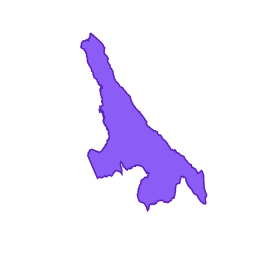 Leoncio Prado, Huánuco, Peru, rotated 335°
{"feature_id": "86281439B17589046188801", "entity_name": "Leoncio Prado", "entity_type": "district", "adm_level": 2, "iso_a3": "PER", "parent_name": "Peru", "parent_adm1": "Huánuco", "projection": "equal_earth", "projection_center": [-76.069, -8.961], "detail": "fine", "context": "isolated", "style": "filled", "palette": "violet", "viewbox_px": 256, "rotation_deg": 335, "n_neighbors": 0, "source": "geoboundaries", "source_scale": "gbopen_adm2", "svg_char_len": 5982}
<svg xmlns="http://www.w3.org/2000/svg" viewBox="0 0 256 256"><g transform="rotate(335 128 128)"><path d="M119.4,35.2L120.5,37.0L121.2,37.3L121.7,38.1L121.2,39.0L121.8,41.1L121.5,42.0L121.7,43.7L120.6,46.0L120.8,47.8L119.5,49.8L119.5,51.3L119.2,51.8L119.4,55.5L119.7,56.7L119.7,59.3L119.5,60.5L119.1,61.1L119.5,61.9L119.7,63.8L119.3,64.9L119.0,64.9L119.2,65.4L118.7,67.0L118.7,68.0L120.0,70.5L120.4,70.6L119.9,72.8L120.0,73.5L120.3,73.7L120.0,74.5L120.4,75.2L120.2,75.9L119.9,76.0L120.4,76.7L120.3,77.4L120.7,78.0L121.1,77.6L121.4,78.3L121.5,78.1L121.9,78.5L121.9,79.8L121.7,80.6L121.2,80.4L121.2,81.0L120.9,81.1L120.5,80.3L120.4,80.6L120.0,80.4L119.7,80.9L119.3,80.8L119.1,81.2L119.3,82.0L119.0,82.2L119.0,81.8L118.2,82.5L118.2,83.0L118.5,83.7L117.5,85.6L117.6,86.3L117.3,87.3L117.4,88.6L116.9,89.0L117.5,89.4L116.6,91.3L116.3,92.7L115.5,92.5L115.2,94.1L115.5,94.5L115.1,96.4L114.2,96.9L113.3,96.7L112.6,97.1L111.5,96.5L111.1,98.8L110.6,99.3L109.7,99.0L109.5,101.1L108.5,101.8L109.9,101.6L110.0,100.7L110.4,100.9L110.5,101.5L110.7,101.1L111.6,100.5L111.5,101.5L111.8,102.2L112.4,102.6L111.6,103.1L112.2,103.5L111.7,104.4L110.9,104.5L111.0,105.2L111.5,105.4L111.1,105.7L111.3,107.0L110.6,106.8L110.9,107.4L110.7,108.2L111.1,108.2L111.2,108.5L110.4,108.4L110.7,109.2L109.7,109.6L109.1,110.2L109.4,110.5L109.0,110.8L108.7,110.7L108.5,112.4L108.8,112.7L108.5,113.2L108.2,113.0L108.2,114.6L108.6,115.0L108.4,115.5L109.0,115.7L108.5,116.7L109.1,117.6L108.9,118.6L108.5,119.5L109.0,120.3L108.4,120.6L109.4,121.5L109.1,122.9L108.9,122.5L107.6,125.7L107.9,126.6L107.8,127.4L106.7,128.7L106.5,129.7L105.3,129.7L105.2,130.5L103.7,130.4L102.8,133.0L102.4,133.4L101.6,133.4L100.8,133.9L100.6,133.6L99.9,134.3L99.9,134.8L99.2,135.0L98.8,135.5L98.3,135.4L97.6,136.0L96.8,136.0L96.6,136.6L93.4,137.9L91.7,138.0L91.3,137.2L90.5,136.9L90.4,136.1L89.5,136.0L88.7,134.6L86.1,132.0L83.9,131.9L82.6,133.4L82.0,133.2L81.6,133.6L80.9,135.0L79.9,136.0L79.1,160.7L81.0,160.3L81.7,160.6L82.2,161.5L83.4,162.1L86.1,161.8L86.9,161.5L87.6,163.2L90.3,162.7L91.3,163.1L92.8,164.6L94.2,164.0L95.4,162.7L96.7,162.6L98.1,161.6L99.1,161.5L99.7,161.7L100.0,162.4L100.7,162.6L101.5,163.8L102.3,164.3L102.7,165.2L103.0,167.1L104.7,163.3L105.3,159.1L105.9,157.5L106.3,156.6L107.2,155.7L107.9,157.4L107.7,159.7L107.3,160.8L107.6,160.9L108.3,162.4L108.6,164.4L109.6,165.7L110.0,165.2L110.5,165.3L110.9,164.8L111.6,164.7L112.3,165.1L112.4,165.9L112.7,166.1L113.7,165.7L114.5,165.9L114.8,165.0L117.6,165.3L118.5,165.9L118.8,165.2L119.7,165.0L120.9,166.1L121.6,166.1L122.1,166.9L123.0,166.8L123.2,167.7L124.1,168.1L125.3,171.0L125.2,172.6L125.4,173.9L125.8,174.7L125.6,175.6L125.9,177.2L126.3,177.2L126.5,176.6L126.9,176.5L127.5,176.8L127.6,177.7L126.9,178.4L126.7,179.0L125.4,179.8L125.5,180.4L124.5,181.2L123.2,180.0L122.5,180.2L122.1,179.9L120.4,180.9L119.2,180.7L118.0,180.9L117.4,181.6L115.8,184.2L114.2,185.0L112.8,186.7L112.6,187.3L112.0,187.4L112.0,187.7L111.6,188.0L111.8,188.3L110.2,189.8L110.4,190.7L110.3,191.0L108.9,191.7L108.1,192.8L108.0,193.8L107.6,194.7L107.5,196.7L107.2,198.7L108.2,200.6L110.1,202.0L111.1,203.8L111.1,206.1L111.4,207.4L110.7,211.1L112.2,210.4L112.8,209.7L113.0,208.9L113.5,208.7L114.8,206.9L115.7,206.6L116.8,206.8L117.3,207.3L117.8,206.7L118.2,206.7L119.1,208.2L119.9,208.4L120.7,207.6L122.0,208.2L122.9,207.2L123.7,206.8L124.9,207.1L126.0,206.9L126.9,207.6L127.4,207.5L128.5,208.0L129.8,210.8L131.9,211.5L132.0,212.1L132.9,212.6L134.0,212.1L136.5,211.9L137.6,210.9L139.3,210.1L139.6,210.7L140.3,210.9L140.6,209.7L142.0,208.9L142.1,208.0L144.0,205.9L145.3,203.1L146.1,202.2L146.6,201.0L147.2,200.2L149.1,199.2L151.1,199.9L152.2,199.1L153.0,197.5L154.2,196.4L155.3,194.7L155.7,194.9L156.1,194.5L157.0,195.1L157.4,196.0L157.6,195.6L158.9,197.0L159.0,198.0L158.7,198.9L158.8,199.6L158.2,200.5L158.4,200.7L158.2,202.1L158.4,202.7L158.1,203.4L158.4,204.4L158.1,205.6L158.9,207.4L158.8,208.0L159.2,209.3L159.7,209.9L159.6,210.5L159.9,211.2L159.7,212.5L160.0,212.8L159.8,213.7L160.0,214.9L160.9,216.3L161.0,216.8L161.5,216.9L162.5,218.8L162.1,219.6L162.2,220.5L162.1,221.4L162.5,222.3L162.7,224.4L163.1,225.7L163.7,226.3L164.2,228.0L165.2,229.1L166.2,229.5L167.0,228.7L167.4,226.4L168.7,223.7L170.1,223.3L171.0,221.7L171.1,218.2L171.9,214.0L172.2,212.8L173.1,211.4L173.1,210.3L173.7,209.8L174.2,207.9L176.4,203.2L176.9,199.2L176.8,197.6L172.9,198.7L172.0,198.6L172.2,197.3L171.8,195.4L171.9,193.7L171.1,193.0L170.3,191.2L169.4,190.9L169.2,190.3L169.4,189.1L169.9,188.1L168.9,187.5L168.8,186.8L168.0,186.0L167.4,182.6L166.8,181.7L166.9,180.9L166.6,180.2L166.7,178.0L166.3,176.9L165.2,176.4L165.1,175.5L164.0,174.8L163.7,174.2L163.5,172.6L162.9,171.8L161.3,170.8L161.8,169.9L161.3,167.6L160.4,168.2L160.0,168.0L159.0,166.2L158.4,166.2L157.6,165.4L157.7,162.7L157.1,160.4L157.2,159.1L156.9,157.5L156.1,154.6L154.7,152.4L154.9,150.1L154.3,148.0L153.6,147.9L152.8,147.2L152.5,145.5L152.7,144.9L152.8,143.6L152.1,143.1L151.5,142.0L150.3,141.8L149.5,139.6L148.6,138.9L148.1,136.8L147.5,135.7L147.1,135.6L146.6,134.4L146.3,131.5L147.3,131.1L147.6,129.8L147.0,128.3L146.9,126.3L146.1,122.9L146.3,122.4L145.3,121.0L145.7,120.4L145.3,119.5L145.5,118.3L144.5,118.0L144.4,116.3L143.3,113.8L143.1,111.4L142.5,110.0L142.6,108.7L142.3,105.8L142.6,105.2L142.4,104.4L143.2,100.2L141.5,96.1L141.1,93.5L140.2,91.2L140.4,89.8L139.4,88.2L138.3,87.3L137.9,83.2L136.6,80.4L136.8,78.9L136.5,77.2L137.3,74.2L137.4,72.1L138.1,71.0L138.2,69.1L138.0,68.1L138.1,67.4L137.6,65.9L137.6,64.6L138.3,63.5L137.9,62.6L137.6,58.7L138.1,57.7L139.2,57.3L139.4,56.7L139.2,54.7L139.3,54.3L139.1,53.4L138.6,53.0L138.3,50.9L137.9,50.5L138.2,50.0L138.2,49.3L139.0,48.4L139.8,46.5L140.8,45.7L140.4,44.4L140.4,41.3L138.4,35.7L137.5,34.3L137.2,32.6L135.9,30.7L136.0,29.3L134.9,28.8L134.7,27.1L134.5,26.6L133.5,26.5L132.5,28.8L131.9,29.0L131.2,30.2L129.8,30.5L129.5,31.1L129.4,32.2L128.7,32.1L127.9,30.4L125.8,31.0L124.2,30.1L123.5,30.8L121.7,31.3L120.9,33.3L120.2,33.6L119.4,35.2Z" fill="#8b5cf6" stroke="#5b21b6" stroke-width="1.5"/></g></svg>